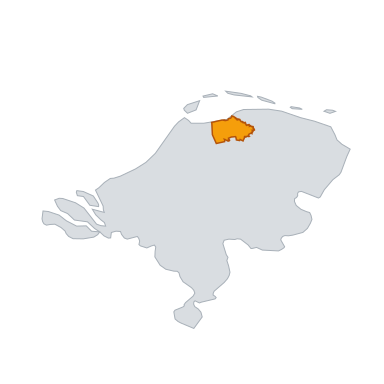 Súdwest-Fryslân, Friesland, Netherlands (highlighted), rotated 21°
{"feature_id": "6326949B35163690822727", "entity_name": "Súdwest-Fryslân", "entity_type": "district", "adm_level": 2, "iso_a3": "NLD", "parent_name": "Netherlands", "parent_adm1": "Friesland", "projection": "natural_earth1", "projection_center": [5.609, 52.975], "detail": "fine", "context": "in_parent", "style": "filled", "palette": "amber", "viewbox_px": 384, "rotation_deg": 21, "n_neighbors": 0, "source": "geoboundaries", "source_scale": "gbopen_adm2", "svg_char_len": 6552}
<svg xmlns="http://www.w3.org/2000/svg" viewBox="0 0 384 384"><g transform="rotate(21 192 192)"><path d="M242.6,318.7L235.5,318.5L228.9,318.3L225.4,317.9L221.7,316.6L220.0,313.8L218.0,310.4L218.5,308.4L224.7,302.6L225.6,301.0L225.0,300.1L225.6,297.6L230.3,288.9L230.9,285.4L228.8,283.0L225.8,281.5L215.8,279.0L211.1,275.3L208.9,272.2L206.7,271.3L203.4,272.4L195.2,273.5L188.5,271.8L180.6,265.9L178.8,260.5L177.9,256.4L175.9,255.0L173.2,257.1L169.9,260.4L163.2,260.8L161.3,260.1L161.0,258.2L160.7,256.5L158.8,254.3L156.9,253.1L148.4,259.2L145.3,259.2L141.4,256.8L139.4,254.5L135.1,255.8L131.2,258.7L132.5,264.0L130.4,265.0L125.6,264.5L120.2,262.3L114.2,261.0L105.1,257.3L92.3,260.3L83.5,256.7L76.1,256.4L71.5,253.5L66.6,248.7L70.2,245.5L73.6,244.4L87.1,243.8L96.9,245.7L114.4,256.2L118.9,256.1L123.6,254.8L121.2,251.9L116.8,250.6L110.3,247.8L105.1,243.8L117.4,242.5L115.7,240.5L114.1,237.0L101.2,224.8L103.5,221.5L106.8,214.5L110.9,208.6L114.1,207.1L119.4,202.9L131.0,190.7L138.4,180.8L143.9,169.1L152.1,136.8L154.4,131.3L158.3,125.3L163.1,126.4L166.5,128.1L178.3,123.6L198.7,111.6L204.7,101.3L210.6,96.5L233.9,87.2L246.8,84.4L266.6,83.7L281.0,82.0L298.2,81.4L304.8,87.2L308.7,91.4L314.8,93.7L324.3,95.3L323.8,103.7L324.0,120.1L323.3,123.1L319.1,130.0L314.7,142.5L313.5,150.7L312.2,152.3L294.0,152.2L291.4,153.7L291.1,155.5L292.0,157.6L291.6,159.7L290.2,161.4L291.0,164.1L294.1,167.2L299.9,169.1L306.0,169.3L309.2,169.0L311.5,171.2L313.8,174.6L313.7,178.9L312.8,184.6L310.0,190.0L301.6,196.1L297.8,198.3L294.3,199.4L292.6,201.0L291.9,203.1L292.0,204.9L298.1,209.9L297.9,211.0L296.2,213.5L293.9,216.0L278.5,221.0L272.1,220.6L268.5,223.1L267.3,223.6L263.3,221.3L254.3,218.6L250.9,219.5L249.0,221.0L243.3,222.8L239.3,225.5L239.3,229.1L246.5,238.3L249.0,240.1L249.1,243.5L252.6,247.8L256.2,253.3L256.6,256.7L256.2,260.2L254.4,265.1L248.2,276.7L248.1,278.9L248.6,280.6L250.8,281.1L252.4,281.9L251.9,283.5L240.2,291.5L238.7,292.9L233.8,292.5L233.1,293.9L233.7,296.1L235.6,298.0L239.8,299.0L243.4,301.0L246.3,305.0L242.6,318.7ZM120.2,262.3L119.2,265.7L116.5,269.3L107.3,274.7L97.7,278.2L92.8,277.7L89.4,275.9L87.6,274.0L82.5,272.1L75.5,271.2L71.1,273.2L68.0,275.1L65.2,274.8L63.2,273.2L61.6,270.8L59.7,263.1L64.9,261.7L76.2,261.2L85.0,263.9L96.5,265.2L105.4,261.5L112.3,264.6L120.2,262.3ZM101.3,231.1L108.0,235.9L109.5,237.5L110.0,239.1L101.4,241.0L92.3,235.1L86.3,236.5L84.1,233.7L84.0,232.0L90.3,230.5L101.3,231.1ZM166.4,113.9L159.6,120.1L155.5,118.4L154.3,116.9L156.4,112.1L166.4,104.0L166.4,113.9ZM196.5,86.3L190.1,87.0L187.3,85.8L202.6,82.3L212.3,81.2L214.0,81.7L196.5,86.3ZM237.7,79.9L224.2,81.3L219.7,80.2L218.9,79.2L222.6,78.6L234.1,78.5L237.6,79.3L237.7,79.9ZM181.7,93.1L169.0,99.5L167.9,98.5L176.1,92.9L181.7,93.1ZM292.6,69.1L286.3,69.3L288.1,67.0L293.9,65.3L297.1,65.3L292.6,69.1ZM265.3,75.3L255.7,78.3L253.4,77.7L254.0,76.8L262.4,75.0L265.3,75.3Z" fill="#d9dde1" stroke="#a8b0b8" stroke-width="1"/><path d="M185.4,120.0L185.7,120.3L190.5,131.2L197.3,138.0L204.4,133.3L204.1,132.4L203.8,131.5L203.7,131.5L203.3,131.2L203.8,131.1L204.5,131.2L204.8,131.3L205.0,131.3L205.5,131.4L206.0,131.4L206.4,131.3L206.5,131.2L206.5,131.3L206.7,131.6L206.8,131.6L207.4,131.4L207.5,131.2L207.7,131.4L207.9,131.3L208.1,131.2L208.5,130.6L208.0,130.4L207.7,130.1L207.9,129.9L208.0,129.8L207.6,129.5L206.8,128.7L208.9,126.7L209.1,126.5L209.4,126.4L212.8,124.7L213.1,124.9L213.2,125.0L213.4,125.2L213.4,125.3L213.5,125.5L213.7,125.8L213.8,125.9L213.9,126.0L214.1,126.3L214.3,126.7L214.4,126.9L214.5,127.0L214.7,127.3L214.8,127.5L218.0,126.9L218.1,126.0L218.1,125.9L218.1,125.7L220.6,126.0L220.9,125.9L221.3,126.0L221.3,125.9L221.3,125.6L221.4,124.5L221.5,123.2L221.4,122.4L221.4,122.2L221.2,121.8L221.2,121.6L221.3,121.4L221.5,121.1L221.8,121.3L222.0,121.4L222.4,121.5L222.5,121.5L222.6,121.4L222.9,121.0L223.0,120.9L223.1,120.6L223.4,120.4L223.6,120.3L223.6,120.2L224.2,120.0L224.3,120.0L224.5,120.0L224.8,120.0L225.0,119.9L224.9,119.8L224.9,119.7L225.0,119.6L225.4,119.4L224.7,119.0L224.3,118.7L224.5,117.8L224.5,117.6L225.9,116.0L226.7,116.0L226.8,116.0L226.9,115.9L226.9,116.0L227.0,116.0L226.9,115.8L226.8,115.7L226.6,115.7L226.4,115.2L226.3,114.9L226.4,114.7L226.5,114.8L226.6,114.7L226.8,114.5L227.0,114.4L227.2,114.2L227.2,114.3L227.1,113.6L226.5,113.1L226.9,113.0L227.0,112.9L227.2,112.6L227.0,112.4L226.9,112.4L227.0,112.3L226.9,112.3L227.4,112.0L227.7,111.9L227.9,111.7L228.0,111.7L227.9,111.4L227.6,111.2L227.4,111.0L227.1,111.0L226.9,111.1L226.7,110.9L226.8,110.8L226.8,110.7L226.7,110.7L226.3,110.6L226.2,110.3L226.4,110.3L226.3,110.1L226.0,110.2L225.9,109.9L226.0,109.9L225.9,109.5L225.8,109.2L225.7,109.1L225.3,109.0L225.1,109.1L224.8,109.3L224.6,109.4L224.6,109.5L224.3,109.6L224.1,109.5L224.0,109.4L223.8,109.3L223.7,109.3L223.5,109.5L223.4,109.5L223.2,109.6L222.9,109.6L222.6,109.6L222.4,109.8L222.4,109.7L222.3,109.8L222.1,109.9L221.9,109.8L221.9,109.7L221.8,109.3L221.7,109.3L221.8,109.3L221.6,109.3L221.7,109.2L221.8,109.0L221.5,108.9L221.3,108.7L221.2,108.8L221.1,108.7L221.0,108.8L220.7,108.8L220.5,109.0L220.4,109.0L220.2,109.1L220.3,109.1L220.1,109.2L220.1,109.3L219.9,109.5L219.9,109.4L219.6,109.6L219.5,109.8L219.3,109.9L219.1,110.2L218.5,109.9L218.4,109.9L218.3,109.7L218.2,109.4L217.8,109.2L217.6,109.1L217.4,109.1L217.1,109.0L217.1,108.9L216.9,108.9L216.7,109.0L216.9,108.8L217.0,108.6L216.9,108.4L217.0,108.3L216.8,108.2L216.7,108.0L216.4,108.2L216.1,108.4L215.0,109.0L214.9,108.9L214.8,108.7L214.6,108.8L214.5,108.6L214.4,108.7L214.1,108.5L214.1,108.4L213.8,108.4L213.7,108.3L213.5,108.5L213.4,108.6L213.2,108.7L212.8,108.7L212.7,108.7L212.5,108.4L212.4,108.3L212.2,108.3L211.9,108.3L211.8,108.2L211.7,108.1L211.4,108.0L211.3,107.8L211.1,107.7L211.0,107.4L210.5,107.1L210.4,107.2L210.3,107.3L210.1,107.3L209.8,107.3L209.4,107.3L209.2,107.3L209.2,107.5L209.1,107.8L209.3,107.9L209.0,108.1L208.7,108.3L208.7,108.2L208.4,108.0L208.4,107.9L208.5,107.9L208.2,107.8L208.0,107.7L207.9,107.6L207.6,108.0L207.3,108.1L207.1,107.9L207.3,107.8L207.5,107.8L207.5,107.7L207.3,107.7L207.2,107.7L206.8,107.6L206.9,107.4L206.7,107.3L206.5,107.2L206.5,107.3L206.3,107.4L206.2,107.5L206.0,107.4L205.9,107.5L205.8,107.4L205.9,107.2L205.3,107.1L205.2,107.1L204.6,106.8L204.3,106.8L204.2,106.8L204.0,106.7L203.9,106.6L203.5,106.6L203.4,106.7L203.2,106.6L202.7,106.9L202.6,106.7L202.4,106.7L202.4,106.8L202.0,106.7L201.7,109.1L199.7,110.6L199.7,111.9L198.0,113.1L197.7,113.3L197.2,113.4L197.0,113.1L196.3,113.2L196.4,113.6L194.7,113.9L194.5,114.0L194.2,114.1L188.2,118.1L188.0,118.3L185.4,120.0Z" fill="#f59e0b" stroke="#b45309" stroke-width="1.5"/></g></svg>